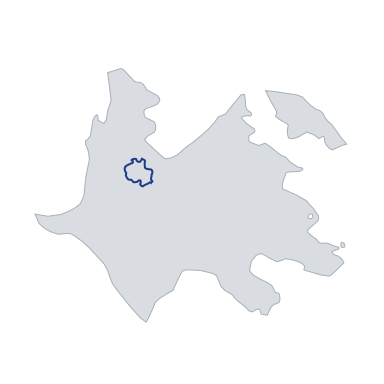 Saatly District, Saatlı, Azerbaijan shown in context, rotated 175°
{"feature_id": "54616110B939777630101", "entity_name": "Saatly District", "entity_type": "district", "adm_level": 2, "iso_a3": "AZE", "parent_name": "Azerbaijan", "parent_adm1": "Saatlı", "projection": "mercator", "projection_center": [48.463, 39.842], "detail": "fine", "context": "in_parent", "style": "outline", "palette": "blue", "viewbox_px": 384, "rotation_deg": 175, "n_neighbors": 0, "source": "geoboundaries", "source_scale": "gbopen_adm2", "svg_char_len": 4920}
<svg xmlns="http://www.w3.org/2000/svg" viewBox="0 0 384 384"><g transform="rotate(175 192 192)"><path d="M265.6,318.6L264.0,318.5L252.4,321.2L250.0,320.4L240.1,307.7L238.0,306.3L233.8,305.7L231.3,303.6L229.2,300.2L228.1,297.7L217.8,290.8L216.3,288.3L216.1,286.1L217.6,284.1L219.3,282.4L224.3,280.7L230.2,279.2L232.0,278.1L233.0,276.3L232.9,273.4L232.0,270.4L223.6,265.2L222.7,262.9L222.4,260.1L222.9,257.2L224.2,254.9L231.0,251.8L234.7,248.5L232.4,244.9L225.0,236.7L216.3,227.6L210.4,227.6L203.6,230.2L192.8,238.0L186.9,241.3L179.1,246.7L170.6,252.8L163.6,259.2L159.3,264.5L151.6,266.9L147.7,271.3L134.7,284.6L131.1,284.5L130.9,277.9L131.1,272.6L130.3,269.6L126.1,265.5L126.0,263.7L127.1,262.6L130.4,263.2L134.5,263.0L136.4,261.4L132.0,255.9L128.1,252.2L124.8,249.8L124.0,248.3L124.0,247.2L124.7,246.0L130.4,243.0L131.0,240.2L130.6,237.1L121.6,232.5L114.8,234.2L108.7,229.1L104.8,225.1L100.0,220.8L95.6,218.5L91.5,213.1L84.2,207.6L79.6,206.0L79.7,205.2L80.5,204.2L82.5,203.3L95.3,203.5L96.9,202.5L97.7,200.2L99.5,196.6L101.5,191.4L101.4,187.1L88.4,180.0L79.0,173.5L72.5,164.9L68.1,157.0L68.2,154.4L69.5,151.9L79.6,144.6L80.3,142.7L80.0,141.4L76.4,137.7L71.9,133.9L70.5,131.1L67.7,129.6L62.3,129.5L52.8,124.8L50.8,124.3L50.3,123.4L50.8,122.4L57.6,120.5L57.5,118.9L55.4,116.8L51.6,115.3L48.1,111.5L46.9,108.1L59.1,98.2L62.7,96.2L70.7,98.0L87.3,104.6L86.2,108.3L87.8,110.3L91.6,113.1L99.0,116.0L105.1,117.4L108.3,116.2L113.0,115.1L119.2,118.4L124.9,122.5L127.7,124.2L129.3,124.7L133.6,123.3L138.8,118.0L140.8,111.6L141.4,108.4L138.4,104.2L132.1,99.5L125.1,95.4L120.6,91.8L117.8,84.7L114.9,83.9L114.1,82.9L113.7,80.5L113.8,77.1L114.8,74.5L117.6,73.3L120.5,72.9L123.1,70.4L126.3,65.5L127.7,62.8L133.8,64.3L134.6,68.7L135.7,69.7L138.2,69.1L142.4,67.3L145.7,68.7L150.1,74.0L156.0,79.5L159.2,83.2L160.5,85.8L163.5,88.2L168.0,91.2L171.5,95.7L174.7,106.3L177.9,108.8L189.4,112.8L193.4,113.6L204.7,115.0L208.6,114.0L214.4,104.9L219.7,95.5L224.5,93.5L233.3,89.0L238.6,84.7L240.8,80.0L245.8,71.2L248.9,66.3L254.1,70.7L263.1,82.6L275.9,101.9L279.1,107.3L281.1,113.6L282.9,121.3L285.9,128.0L298.9,145.0L304.5,151.2L313.7,159.3L316.9,161.1L321.2,161.6L329.1,161.6L336.3,164.7L339.9,167.0L343.6,170.2L347.0,173.8L350.3,183.7L337.7,180.4L325.0,181.0L317.8,183.1L310.9,185.9L304.2,190.0L300.0,197.9L296.5,216.2L291.4,233.2L291.6,241.1L293.8,248.6L293.6,252.2L291.2,253.7L288.3,256.9L284.3,272.4L282.4,275.5L279.9,277.4L279.2,275.6L279.3,271.5L273.8,267.9L270.9,271.9L268.9,280.4L264.8,289.4L264.6,291.1L265.6,318.6ZM78.0,158.7L78.6,156.2L77.0,155.1L75.3,155.0L73.9,156.3L73.9,159.4L75.9,159.9L78.0,158.7ZM36.5,230.1L34.6,227.6L33.7,226.2L39.3,225.1L48.6,221.7L51.1,223.3L53.9,226.7L55.2,229.7L55.5,235.1L56.6,236.0L61.1,234.1L63.1,236.3L66.6,239.0L72.6,241.6L81.4,237.5L85.7,236.5L89.3,236.5L91.2,237.8L91.9,242.0L91.2,247.2L90.2,250.0L92.0,252.1L99.1,257.1L102.1,259.9L100.6,264.7L106.0,276.4L107.7,281.0L109.8,286.6L98.9,284.4L79.3,279.6L73.9,277.2L68.8,270.7L65.8,267.5L61.3,263.5L57.6,262.0L54.8,259.1L53.2,254.9L50.9,251.2L46.8,246.8L37.7,231.7L36.5,230.1ZM48.1,127.9L46.9,128.8L45.1,127.9L44.5,126.0L44.6,124.0L46.5,123.6L48.0,124.1L48.4,125.9L48.1,127.9Z" fill="#d9dde1" stroke="#a8b0b8" stroke-width="1"/><path d="M231.9,204.7L231.5,205.2L231.1,205.6L230.6,205.8L230.7,206.6L231.3,207.2L231.6,207.9L231.7,208.3L231.7,209.1L231.4,209.8L231.1,210.5L231.1,211.1L230.9,211.6L230.8,212.4L230.5,213.2L230.2,213.6L229.9,214.5L229.7,215.2L229.8,216.6L230.2,217.3L230.8,218.0L231.3,218.1L232.3,218.2L233.2,218.5L234.2,218.9L235.5,219.1L236.0,219.5L236.7,220.3L236.7,221.1L236.8,222.5L236.7,223.7L236.7,224.8L236.4,225.7L236.3,226.4L236.1,227.1L236.6,227.9L237.3,228.4L237.9,228.8L238.6,229.1L239.0,229.5L239.1,229.4L239.3,228.7L239.6,228.4L240.0,228.1L240.3,227.6L240.6,227.2L240.9,226.8L241.7,226.6L242.3,226.6L242.8,226.8L243.3,227.0L243.8,227.4L244.3,227.9L244.5,228.2L244.5,228.8L244.6,229.3L244.8,229.7L245.2,229.9L245.8,230.0L246.6,230.0L247.5,230.0L248.3,229.8L249.3,229.2L249.4,228.7L248.7,228.2L248.2,227.8L248.2,227.0L248.5,226.4L249.1,225.9L250.2,225.8L251.1,225.4L252.1,225.1L252.5,224.9L253.1,224.8L253.6,224.4L254.3,224.2L255.2,223.8L255.8,223.4L256.3,222.9L256.3,222.3L256.9,221.8L257.0,220.9L257.0,219.6L256.9,218.8L256.5,217.9L256.0,217.2L255.8,216.3L256.1,215.5L256.5,214.6L256.1,213.1L255.8,212.5L255.6,211.9L255.2,211.4L254.9,210.7L254.3,210.1L253.7,209.8L252.9,209.6L251.9,209.6L251.2,209.4L250.8,208.7L250.4,208.1L249.7,207.3L249.4,206.9L248.0,206.7L247.5,206.7L246.7,206.8L246.0,206.8L245.5,207.1L245.0,207.5L244.6,207.8L243.7,208.2L243.1,208.0L242.5,208.0L242.3,207.4L242.1,206.9L242.3,205.9L242.5,205.3L242.9,204.8L243.0,204.4L242.9,203.8L242.5,203.4L242.3,203.0L241.8,202.6L241.1,202.3L240.8,201.9L240.6,201.9L239.6,202.5L239.1,202.7L238.4,203.1L237.4,203.5L236.9,203.6L235.8,204.0L234.9,204.3L233.8,204.9L233.1,205.3L232.5,205.3L232.0,204.9L231.9,204.7Z" fill="none" stroke="#1e3a8a" stroke-width="2"/></g></svg>